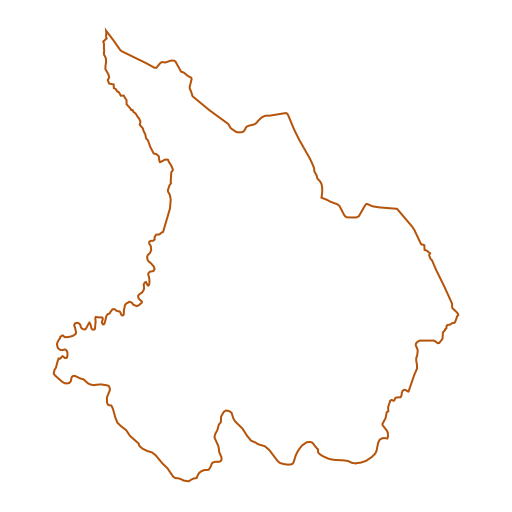 Son Hoa, Phú Yên, Vietnam
{"feature_id": "81297802B61701358015931", "entity_name": "Son Hoa", "entity_type": "district", "adm_level": 2, "iso_a3": "VNM", "parent_name": "Vietnam", "parent_adm1": "Phú Yên", "projection": "robinson", "projection_center": [108.871, 13.205], "detail": "fine", "context": "isolated", "style": "outline", "palette": "amber", "viewbox_px": 512, "rotation_deg": 0, "n_neighbors": 0, "source": "geoboundaries", "source_scale": "gbopen_adm2", "svg_char_len": 5994}
<svg xmlns="http://www.w3.org/2000/svg" viewBox="0 0 512 512"><path d="M106.1,30.7L106.3,32.7L106.1,36.8L106.6,38.6L105.6,39.2L104.5,40.6L103.6,41.0L103.2,41.7L103.9,43.3L104.0,44.6L103.9,48.6L104.2,50.3L103.9,53.4L104.1,54.9L104.8,55.9L105.8,58.2L106.0,59.8L106.1,62.2L105.5,65.7L105.4,69.1L108.4,74.4L109.1,76.9L108.9,78.1L107.8,80.0L109.0,83.5L113.7,84.5L113.8,88.0L115.9,89.2L117.2,91.5L118.4,91.8L119.5,93.2L120.8,95.7L123.8,95.6L125.1,98.1L126.5,100.0L126.6,104.3L130.5,108.6L131.2,110.1L132.7,110.1L133.3,111.8L135.6,113.5L137.5,116.6L139.0,118.4L140.3,121.2L140.3,122.9L139.7,124.7L142.9,128.5L143.3,130.4L145.3,134.4L146.0,138.2L148.0,140.5L150.3,147.0L153.7,153.5L156.4,154.1L158.8,156.3L159.2,159.9L159.8,162.0L160.7,162.0L164.5,159.8L166.7,159.5L168.0,159.8L168.8,161.8L171.2,165.5L172.8,169.4L172.9,170.0L171.3,172.2L170.7,182.0L171.0,183.2L169.5,185.3L167.8,190.4L168.1,191.7L169.9,195.1L170.7,199.6L170.0,208.4L163.1,231.9L161.5,232.6L159.5,234.4L156.1,234.7L154.7,237.0L154.5,238.0L154.7,239.2L154.0,240.2L153.2,240.7L150.7,240.9L149.5,241.6L149.1,242.3L149.2,243.4L150.8,246.2L151.2,250.3L149.9,253.1L147.7,255.2L147.1,257.1L147.5,259.6L148.4,261.2L151.0,263.3L153.9,266.7L154.6,269.2L153.5,271.0L149.7,271.8L148.3,273.5L148.2,274.7L149.2,277.7L149.5,282.0L149.3,283.8L148.8,285.2L148.3,285.6L147.6,285.3L146.0,282.0L144.9,282.4L143.7,284.4L144.1,288.3L143.6,290.1L142.1,292.5L139.8,293.9L138.2,295.6L138.1,296.5L138.5,298.1L139.5,299.4L141.7,301.3L142.0,302.0L141.7,302.7L138.8,305.3L136.7,306.1L133.3,304.7L132.0,302.8L129.7,301.8L128.9,301.9L127.8,302.8L126.4,303.4L124.8,305.4L124.6,307.7L123.9,309.8L123.8,314.2L123.4,315.1L122.7,315.5L121.6,315.2L120.2,312.2L119.5,311.4L117.1,311.1L114.3,309.1L112.5,309.3L110.6,311.7L109.7,313.4L107.8,314.1L106.5,315.7L104.8,322.5L104.2,324.0L103.6,324.5L102.8,324.3L101.8,322.4L102.8,319.1L102.5,317.7L101.6,317.4L98.5,317.4L95.9,316.9L95.3,317.9L95.6,321.6L95.0,328.2L94.8,329.0L94.2,329.6L92.6,329.6L91.5,328.5L90.5,324.4L89.5,322.6L88.9,323.1L86.0,328.6L85.0,329.5L83.1,329.2L81.6,328.3L80.9,327.3L80.3,324.8L78.9,323.3L77.0,322.8L75.0,323.4L74.1,325.3L74.9,327.2L76.1,332.3L75.7,333.9L73.0,335.8L70.0,336.7L67.2,337.1L64.7,337.1L63.0,335.5L62.4,335.4L60.3,336.8L60.0,338.3L59.1,339.4L57.6,342.0L57.1,343.5L57.0,344.6L57.7,347.7L58.5,348.7L60.6,350.0L62.8,350.1L64.5,349.4L65.8,349.8L66.7,350.7L67.4,352.3L67.5,355.2L67.0,357.5L66.6,357.9L64.8,358.0L63.0,356.4L62.4,356.2L59.9,358.8L58.6,358.5L57.4,362.0L56.0,367.5L54.4,370.2L53.7,373.8L55.3,375.7L60.7,380.5L63.0,382.3L65.0,383.3L67.3,383.4L69.4,382.9L70.8,381.2L71.5,377.8L72.1,376.7L73.1,376.0L74.9,375.9L80.6,378.6L83.5,379.3L87.9,383.3L90.7,384.6L94.4,385.2L95.7,384.8L101.1,384.4L106.4,385.2L108.3,385.8L109.1,386.4L109.5,387.5L109.8,388.6L109.8,390.3L107.3,396.4L106.9,398.0L107.0,402.6L108.1,404.8L109.0,405.2L111.2,405.5L112.0,406.7L113.2,409.8L115.1,416.8L117.4,422.7L120.9,426.1L126.2,430.2L130.0,435.9L138.7,443.6L139.1,445.4L140.4,446.9L142.8,448.8L147.3,451.0L152.0,452.4L155.7,455.3L162.3,463.3L167.5,468.3L173.1,476.6L174.6,477.7L176.1,478.2L178.0,478.2L180.8,479.1L183.8,480.6L188.8,481.3L191.0,479.8L193.4,478.6L196.6,478.0L198.1,474.6L199.3,472.8L200.9,471.5L204.1,470.1L207.8,469.9L209.0,469.5L210.4,467.1L211.9,463.4L212.8,462.6L214.7,461.9L219.6,461.7L220.7,461.0L221.5,459.8L221.5,457.4L219.2,452.0L218.7,447.6L218.1,445.5L214.7,438.0L214.5,436.7L215.3,433.9L217.5,429.7L218.7,424.9L220.9,422.0L221.0,417.5L221.4,416.0L223.6,412.1L225.7,410.6L228.3,410.8L230.2,411.7L231.6,412.9L233.5,418.8L235.2,421.5L242.4,428.5L247.2,436.0L251.1,440.7L255.6,442.6L257.8,444.1L264.9,446.3L269.2,449.9L277.6,461.0L280.2,463.1L285.0,464.3L288.1,464.6L290.8,464.5L292.8,463.6L293.7,462.0L295.5,456.1L296.9,452.8L298.9,449.5L302.0,445.5L306.7,442.3L309.4,442.0L311.0,442.1L312.5,442.8L316.1,447.5L318.1,449.5L318.0,451.9L318.8,453.3L319.8,454.2L322.7,456.1L327.9,458.5L331.2,459.4L334.6,459.9L343.9,460.4L348.1,461.0L351.8,462.8L356.0,463.5L356.5,463.1L360.5,462.7L366.0,460.9L371.9,456.9L375.2,453.6L376.1,451.7L376.6,450.5L378.2,442.5L379.7,439.7L382.5,438.1L385.1,438.1L387.3,438.5L388.1,436.0L387.7,432.6L387.0,430.9L382.5,425.0L382.5,423.8L385.6,418.1L386.7,412.3L388.3,411.3L388.1,407.1L390.2,400.8L391.5,399.9L393.7,400.8L394.5,400.0L395.5,397.8L397.0,397.4L400.4,397.3L400.9,396.8L401.5,395.3L401.9,392.6L402.6,390.8L403.9,389.9L405.6,390.0L407.6,391.3L408.3,391.6L408.6,391.3L414.4,374.5L417.0,368.7L417.0,365.2L416.2,360.3L416.3,358.0L417.2,355.3L417.7,350.8L417.5,349.4L415.8,345.4L415.8,344.0L416.6,342.7L417.8,341.6L419.3,340.8L420.6,340.6L433.5,340.6L434.5,340.8L437.7,343.2L439.2,343.0L442.5,338.8L442.9,332.9L443.4,331.7L444.8,330.5L445.3,329.0L446.4,328.4L446.6,325.8L447.7,324.9L449.8,324.7L452.3,323.1L454.3,322.9L454.9,322.4L456.2,319.2L457.0,316.5L458.3,315.0L458.0,313.9L456.9,312.4L452.5,308.3L452.1,306.7L452.1,303.8L448.5,295.7L443.7,285.3L436.0,269.7L432.1,260.5L430.5,258.8L429.2,255.5L429.2,254.9L430.1,253.3L426.4,250.4L424.6,250.0L424.3,245.3L423.9,244.9L421.6,244.5L421.0,244.0L414.3,229.9L412.3,226.8L397.0,208.8L379.3,207.4L372.5,206.3L367.5,204.1L366.2,204.0L364.4,206.5L358.8,216.3L356.1,217.5L347.8,217.4L346.2,217.1L345.1,216.2L344.1,214.9L339.5,206.0L337.6,204.4L330.6,201.8L326.9,199.8L321.5,197.7L322.2,192.6L322.2,188.1L321.9,185.6L321.4,183.9L320.3,181.7L317.3,178.4L316.6,175.3L314.4,171.6L314.0,167.9L312.2,163.5L310.1,159.0L299.2,139.8L294.1,129.5L288.0,114.8L286.6,113.2L285.5,113.1L270.1,115.6L266.0,115.7L264.3,116.1L261.5,117.6L257.9,121.0L256.8,122.6L254.8,124.2L248.6,125.8L246.3,126.9L244.3,130.7L243.4,131.5L242.0,132.2L238.9,132.3L237.3,132.3L235.8,131.7L230.7,128.2L228.3,124.0L209.0,109.9L192.6,96.3L191.0,91.3L189.7,88.6L189.8,86.4L191.6,79.1L191.5,78.4L191.2,77.7L187.8,75.9L183.7,72.5L181.1,71.7L175.5,61.6L174.1,60.7L172.4,60.5L170.3,60.8L165.3,62.5L162.6,62.1L161.2,62.4L159.9,63.5L156.4,67.8L154.6,67.8L146.0,63.1L121.6,51.2L120.0,49.7L113.5,40.4L106.1,30.7Z" fill="none" stroke="#b45309" stroke-width="2"/></svg>